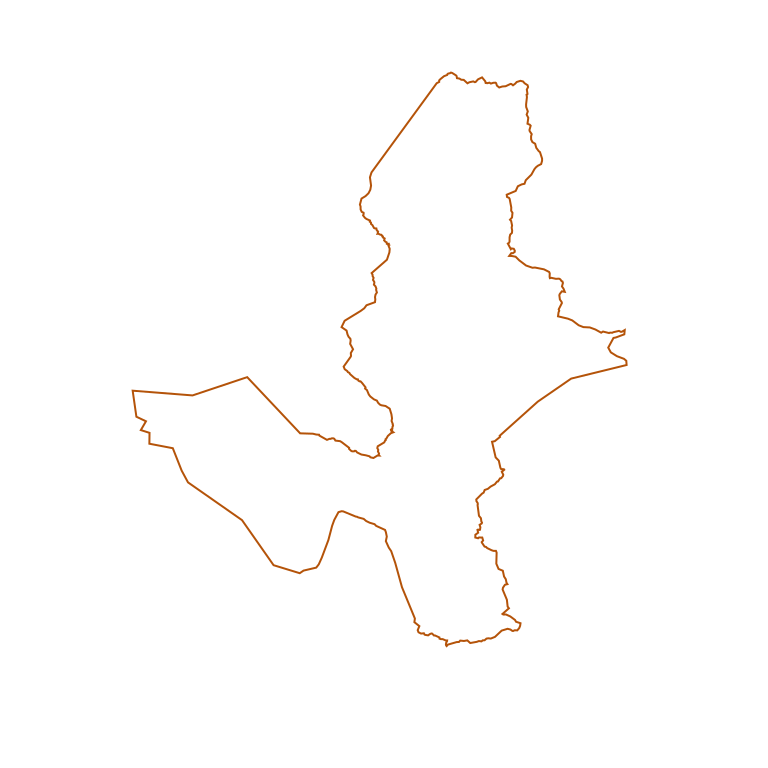 Offinso North, Ashanti, Ghana, rotated 72°
{"feature_id": "2480657B15542052325310", "entity_name": "Offinso North", "entity_type": "district", "adm_level": 2, "iso_a3": "GHA", "parent_name": "Ghana", "parent_adm1": "Ashanti", "projection": "robinson", "projection_center": [-1.916, 7.28], "detail": "fine", "context": "isolated", "style": "outline", "palette": "amber", "viewbox_px": 768, "rotation_deg": 72, "n_neighbors": 0, "source": "geoboundaries", "source_scale": "gbopen_adm2", "svg_char_len": 6165}
<svg xmlns="http://www.w3.org/2000/svg" viewBox="0 0 768 768"><g transform="rotate(72 384 384)"><path d="M312.7,625.1L338.6,629.6L345.9,621.9L352.7,629.5L358.0,622.1L368.3,625.6L379.8,604.7L403.9,603.2L417.0,600.8L469.6,561.1L522.2,545.0L537.9,522.6L536.6,518.2L537.7,505.2L535.4,501.8L529.9,496.8L515.2,485.1L502.9,477.2L497.9,473.3L491.8,466.9L491.9,463.6L492.6,462.1L501.3,451.9L502.0,450.6L502.8,449.9L506.0,445.0L508.8,443.3L511.5,440.5L514.4,436.3L516.5,435.3L523.1,428.1L525.5,428.0L530.0,428.5L534.0,430.8L541.1,430.0L545.2,428.8L557.6,428.6L582.8,429.7L616.6,427.1L619.9,428.7L625.2,425.2L628.5,428.0L630.8,427.9L632.8,425.9L633.4,423.1L634.8,422.9L635.3,422.4L636.7,419.7L636.0,417.6L635.9,416.1L636.2,415.4L638.7,414.1L638.9,413.2L642.2,409.6L643.3,409.9L644.1,409.0L644.8,407.0L647.0,404.5L647.4,403.2L648.1,403.5L649.1,404.7L650.8,405.6L651.9,405.7L652.6,405.4L651.6,403.8L651.9,394.7L652.5,392.4L651.6,390.8L653.1,387.4L653.6,384.0L657.0,382.0L657.9,375.4L657.8,373.2L658.9,370.8L658.3,369.4L658.8,367.5L657.8,365.2L658.1,363.3L659.1,361.1L658.8,356.6L654.9,348.3L655.0,342.1L656.6,339.6L658.4,338.3L658.8,337.6L658.6,335.8L659.5,333.4L657.9,330.8L656.1,329.3L653.7,328.1L650.9,331.9L648.9,332.3L644.1,335.7L640.9,339.2L640.1,341.8L639.3,342.4L635.9,334.5L633.9,335.2L627.2,333.8L616.1,334.7L614.5,333.8L612.6,331.4L612.3,330.9L612.5,328.5L610.8,328.9L607.3,328.5L604.2,329.3L598.3,328.7L595.3,332.2L589.6,332.7L579.2,329.0L577.3,329.1L576.5,331.5L575.3,333.1L571.9,336.6L570.5,337.3L569.7,338.6L564.9,340.0L564.5,339.9L563.5,338.1L560.4,338.0L559.3,341.1L559.8,342.2L558.2,344.6L555.6,343.7L554.5,340.4L551.6,340.2L551.5,339.6L552.4,338.0L552.2,337.7L550.0,336.6L547.5,336.6L546.8,334.1L546.0,333.6L544.9,333.9L541.6,333.3L538.7,334.4L527.9,332.4L527.3,331.9L526.1,331.7L524.0,332.3L522.3,331.9L518.6,324.7L518.1,322.8L515.9,321.0L515.8,317.6L514.5,314.3L513.6,309.5L512.0,307.1L511.7,306.4L511.9,305.7L509.6,302.8L509.8,301.6L508.2,299.2L507.1,298.6L503.9,299.1L502.7,296.1L502.4,296.1L501.7,297.2L501.3,298.8L499.7,299.2L492.4,298.5L488.3,300.5L472.3,299.1L472.6,296.3L470.4,290.6L470.2,290.0L469.0,290.0L448.3,243.2L436.7,204.3L440.9,147.4L436.8,146.4L434.2,148.0L429.5,153.9L424.0,158.5L418.7,159.5L411.1,151.5L411.4,149.2L411.0,140.1L407.1,138.4L407.8,141.7L407.6,142.6L406.1,144.1L405.6,150.0L405.8,151.0L405.0,153.2L405.1,154.2L401.8,159.5L402.3,161.6L397.5,166.1L393.8,170.8L391.5,176.8L388.3,180.7L381.7,185.3L378.7,188.9L373.4,197.6L369.7,195.8L368.5,194.7L367.0,194.8L362.0,189.8L361.0,189.7L358.0,190.6L353.7,189.8L352.7,189.0L350.8,186.2L352.2,183.6L348.9,183.8L346.2,184.6L343.2,182.6L341.6,182.6L341.1,183.3L338.9,184.0L337.9,185.0L337.1,188.0L334.7,192.1L334.6,193.5L333.3,193.4L330.0,192.2L328.5,192.3L324.4,196.4L319.9,204.4L319.3,206.9L315.2,212.3L308.3,217.1L303.6,219.5L301.8,222.8L300.9,225.3L298.9,222.5L299.4,221.0L298.8,218.9L297.6,218.4L295.5,218.8L294.5,220.8L295.0,221.7L288.7,222.8L288.4,221.5L287.4,220.6L283.2,219.2L280.9,217.8L279.8,215.6L277.7,214.7L274.8,214.3L272.8,213.2L268.2,212.7L266.7,213.4L265.2,210.8L260.9,208.9L258.5,209.5L255.4,208.4L246.8,207.3L245.6,207.6L244.1,209.2L241.9,208.8L241.1,199.1L237.3,195.6L236.7,191.4L237.0,188.5L234.0,186.2L230.4,179.1L226.2,174.6L224.9,172.6L224.0,170.3L223.4,166.6L220.6,164.7L218.5,164.0L211.7,164.0L210.3,164.9L206.4,166.2L202.2,166.0L199.8,168.1L196.8,168.5L193.7,167.5L192.0,166.3L188.6,167.3L187.4,167.2L183.7,164.7L182.5,165.2L180.8,167.1L175.4,164.5L171.9,165.1L169.2,163.0L164.5,163.2L162.1,162.5L155.3,159.4L152.9,159.0L152.8,158.2L152.5,157.9L148.1,157.2L146.1,155.2L144.2,155.1L141.5,157.3L139.2,158.3L137.8,160.6L137.8,164.5L138.9,166.4L139.8,169.0L138.1,170.1L137.7,170.9L138.4,176.3L137.6,179.6L137.6,182.8L135.1,184.4L132.5,184.4L131.9,184.8L131.3,187.0L131.3,189.5L130.0,190.6L129.8,193.0L129.3,193.4L129.1,194.3L127.3,194.2L122.7,196.0L123.3,200.4L125.1,203.6L125.0,204.4L123.8,205.6L123.4,209.6L123.8,211.7L119.4,214.2L118.5,216.5L116.8,217.9L115.7,220.1L113.5,219.8L112.8,220.1L109.3,223.0L108.5,224.1L108.8,225.2L108.6,227.1L108.9,227.9L109.6,228.4L109.8,231.8L111.5,236.2L112.3,237.7L113.8,238.2L114.2,240.9L178.9,330.5L183.1,333.5L191.3,335.0L195.0,337.0L197.8,339.8L199.6,343.5L200.7,348.1L206.0,351.5L207.8,351.4L210.8,352.3L213.4,352.0L214.8,350.5L216.0,350.8L217.2,351.8L220.0,350.8L221.6,349.7L224.2,346.8L225.2,347.4L226.4,346.5L227.7,346.9L229.3,345.9L232.5,345.3L233.1,344.7L233.7,343.2L235.2,343.4L237.1,342.6L237.4,343.0L238.3,343.0L239.1,343.7L239.2,343.1L241.0,341.2L241.2,340.5L242.7,339.7L243.2,340.0L243.7,339.5L244.5,339.6L245.8,338.4L247.4,339.5L249.1,338.7L250.1,337.7L251.5,338.0L252.1,336.2L252.7,336.5L253.3,336.2L253.4,337.0L257.2,336.8L260.5,338.2L266.7,342.8L274.7,361.5L276.5,361.1L277.9,361.5L279.8,361.1L281.6,362.3L283.8,361.7L284.8,361.9L286.4,362.9L288.5,361.9L290.9,361.8L292.0,362.4L294.8,362.5L296.3,364.4L298.6,365.7L300.8,366.1L303.4,367.3L303.7,376.3L305.9,379.4L307.3,383.6L311.7,401.9L316.8,406.8L321.6,403.1L325.6,403.4L328.1,403.1L330.6,402.0L332.4,402.3L335.4,403.8L341.4,402.7L344.3,406.0L347.1,406.7L347.8,407.3L355.0,417.0L357.8,416.8L360.4,414.9L361.5,414.7L362.7,413.5L364.2,413.2L369.1,410.3L371.2,408.4L371.5,407.4L372.7,407.4L373.9,406.5L374.2,405.5L376.3,404.5L381.5,402.6L382.5,403.4L384.5,402.1L389.3,401.7L391.6,400.9L395.5,398.3L397.6,395.9L400.1,395.4L402.4,394.2L403.4,393.1L405.4,389.3L409.3,386.2L415.1,386.3L419.2,387.0L421.5,388.2L425.0,388.0L425.3,388.3L426.5,388.3L427.4,389.2L428.9,389.8L429.4,391.1L429.9,390.8L430.1,391.6L430.4,391.6L430.4,390.8L431.6,390.6L431.8,390.9L432.8,390.1L432.9,392.6L434.6,396.4L436.7,398.7L437.0,399.6L437.9,399.7L438.3,400.6L439.6,401.8L441.3,409.2L442.9,410.2L444.8,409.8L446.3,410.6L448.6,410.2L449.7,411.0L450.6,410.6L450.0,412.2L451.1,416.9L449.5,419.6L448.3,420.1L446.2,423.3L444.1,427.3L440.8,430.7L438.9,431.5L438.5,432.5L438.8,433.2L438.2,435.1L437.3,436.0L434.8,437.3L433.9,436.9L426.2,442.2L424.8,443.4L422.8,447.7L420.7,448.2L419.9,449.2L419.5,450.8L419.7,451.6L419.3,452.8L419.5,455.5L413.1,461.4L412.2,461.4L411.1,464.1L409.3,467.0L405.0,479.0L335.2,512.0L335.7,569.6L312.7,625.1Z" fill="none" stroke="#b45309" stroke-width="2"/></g></svg>